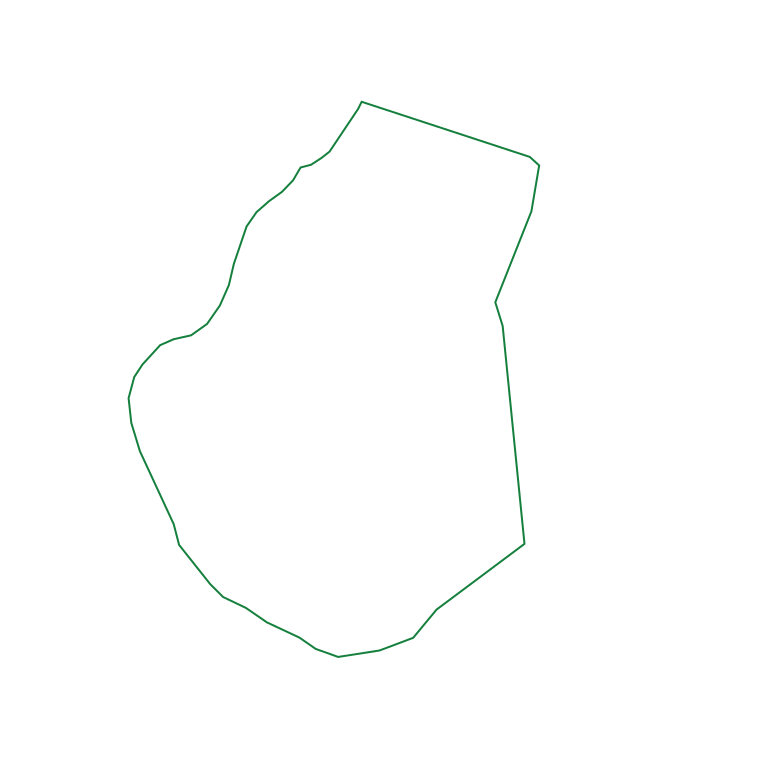 SVG path tracing the border of Podlehnik, rotated 224°
{"feature_id": "SVN-232", "entity_name": "Podlehnik", "entity_type": "Municipality", "adm_level": 1, "iso_a3": "SVN", "parent_name": "Slovenia", "parent_adm1": "", "projection": "natural_earth1", "projection_center": [15.89, 46.305], "detail": "fine", "context": "isolated", "style": "outline", "palette": "green", "viewbox_px": 768, "rotation_deg": 224, "n_neighbors": 0, "source": "natural_earth", "source_scale": "10m", "svg_char_len": 694}
<svg xmlns="http://www.w3.org/2000/svg" viewBox="0 0 768 768"><g transform="rotate(224 384 384)"><path d="M596.1,571.5L436.9,648.6L424.2,649.0L423.1,647.4L397.9,610.6L360.7,520.1L339.0,508.2L171.9,366.6L189.5,258.2L186.7,221.7L202.1,189.2L227.4,155.8L249.1,146.0L268.7,142.8L302.6,131.2L327.8,127.0L351.7,119.0L369.9,119.3L419.6,125.9L437.9,137.1L512.9,166.1L538.8,180.5L557.9,196.4L568.5,215.5L571.3,230.3L572.0,256.5L566.4,270.1L556.6,285.0L553.0,304.3L556.6,326.5L564.3,347.4L575.5,366.2L592.3,401.9L595.1,419.1L593.7,435.8L590.9,451.2L590.9,467.2L594.4,481.8L588.8,491.0L586.0,503.2L584.6,513.3L593.7,563.9L595.4,569.2L596.1,571.5Z" fill="none" stroke="#15803d" stroke-width="2"/></g></svg>